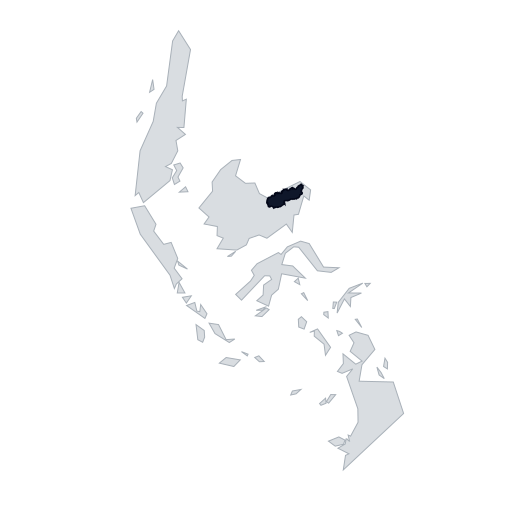 Malinau, Kalimantan Timur, Indonesia shown in context, rotated 46°
{"feature_id": "22746128B54632748429230", "entity_name": "Malinau", "entity_type": "district", "adm_level": 2, "iso_a3": "IDN", "parent_name": "Indonesia", "parent_adm1": "Kalimantan Timur", "projection": "equal_earth", "projection_center": [115.266, 2.582], "detail": "fine", "context": "in_parent", "style": "filled", "palette": "ink", "viewbox_px": 512, "rotation_deg": 46, "n_neighbors": 0, "source": "geoboundaries", "source_scale": "gbopen_adm2", "svg_char_len": 8564}
<svg xmlns="http://www.w3.org/2000/svg" viewBox="0 0 512 512"><g transform="rotate(46 256 256)"><path d="M175.8,200.1L184.1,215.0L196.4,213.1L202.7,206.1L213.5,210.2L221.9,207.5L233.0,172.6L246.4,170.8L252.8,179.0L246.0,179.9L255.5,196.5L252.9,200.2L264.2,213.5L254.1,212.0L250.8,235.8L243.0,239.2L238.6,248.7L241.3,255.2L238.4,265.7L223.7,279.0L220.4,267.1L214.3,269.9L208.0,263.3L196.9,271.1L195.3,262.7L181.8,263.7L179.2,242.2L172.3,236.2L169.3,221.4L170.6,206.9L175.8,200.1ZM40.2,155.2L62.0,159.7L89.8,198.1L93.3,201.2L94.8,197.2L113.5,218.6L108.9,223.2L119.5,222.3L117.3,233.3L126.0,239.2L130.6,252.6L128.8,259.0L135.9,256.2L142.0,265.5L139.4,299.9L128.9,296.2L128.6,301.0L99.8,266.3L87.8,236.5L76.9,221.5L71.6,202.2L43.4,166.6L40.2,155.2ZM471.8,259.2L470.5,341.8L461.6,330.1L462.8,326.6L451.2,330.6L453.2,322.4L450.1,318.1L451.2,317.5L453.0,317.8L454.1,317.3L448.8,314.1L451.3,313.1L446.5,298.1L436.7,288.9L405.6,274.5L404.4,264.8L400.2,275.6L395.6,277.6L394.1,267.9L386.8,261.4L403.1,259.4L405.3,252.7L390.0,254.5L386.5,245.8L377.7,244.1L380.1,236.8L390.9,230.5L405.8,235.4L407.8,255.3L417.7,268.8L442.0,244.8L471.8,259.2ZM320.0,213.3L309.3,222.1L279.3,219.2L275.6,222.5L274.4,233.0L280.1,243.4L288.7,236.5L306.2,235.9L286.6,249.9L295.4,263.0L295.0,272.0L300.8,281.8L288.7,286.5L289.0,278.0L282.2,270.7L283.7,261.0L279.9,259.9L276.2,263.5L277.7,297.1L269.5,297.3L270.2,277.3L268.7,270.7L263.1,269.2L262.3,260.6L269.1,237.5L272.3,236.9L271.2,227.1L276.3,213.6L284.0,209.1L310.9,215.1L322.1,204.5L320.0,213.3ZM142.5,301.2L163.7,305.9L167.0,312.3L183.5,314.3L187.3,307.6L203.4,314.0L207.9,323.3L221.0,325.0L220.8,332.7L222.7,337.3L210.1,331.2L159.9,324.1L134.8,312.8L142.5,301.2ZM346.8,215.2L355.9,205.9L351.8,216.6L357.9,223.2L348.3,222.2L353.4,237.3L346.5,229.0L344.0,211.4L349.7,198.0L346.8,215.2ZM351.2,262.4L373.5,265.8L375.7,275.0L366.7,268.3L354.1,269.8L350.5,266.1L348.3,270.4L351.2,262.4ZM299.7,335.3L283.3,339.4L271.7,336.4L279.3,330.6L295.4,335.6L301.0,328.9L299.7,335.3ZM252.5,329.5L263.5,331.4L265.4,336.1L243.4,340.3L246.9,332.3L254.5,336.8L257.0,335.1L252.5,329.5ZM319.8,339.5L320.1,348.7L307.6,356.8L308.3,348.0L319.8,339.5ZM142.0,247.2L145.0,257.3L149.3,258.7L147.9,265.0L141.6,261.9L139.5,253.7L133.4,251.9L136.4,246.0L142.0,247.2ZM447.8,331.1L439.5,332.5L443.7,322.1L450.2,319.9L452.2,323.8L447.8,331.1ZM273.6,345.0L278.7,349.3L281.0,354.3L275.8,356.0L263.7,346.8L273.6,345.0ZM338.5,265.2L342.0,272.2L336.8,274.6L330.9,269.5L331.2,265.5L338.5,265.2ZM221.6,329.7L233.2,332.8L227.9,338.3L221.6,329.7ZM239.7,330.2L241.5,338.8L234.6,337.6L239.7,330.2ZM162.5,260.3L156.8,266.8L157.3,258.6L162.5,260.3ZM411.1,295.0L412.3,306.0L409.7,306.5L407.6,298.5L411.1,295.0ZM217.8,314.4L208.9,317.8L205.2,315.9L217.8,314.4ZM303.7,283.8L303.7,293.8L298.6,298.0L300.6,284.7L303.7,283.8ZM57.3,207.8L65.3,213.6L64.3,218.8L57.3,207.8ZM77.0,248.6L73.8,246.4L72.3,238.3L74.8,238.1L77.0,248.6ZM380.1,327.6L378.4,323.6L383.2,316.4L383.0,322.9L380.1,327.6ZM371.7,226.9L380.9,229.6L370.5,228.6L371.7,226.9ZM315.5,247.1L324.0,249.8L314.7,249.6L315.5,247.1ZM299.7,288.7L295.2,293.6L299.2,284.7L299.7,288.7ZM419.1,234.2L423.9,235.2L428.5,239.9L424.1,241.0L419.1,234.2ZM337.6,323.4L334.4,327.0L328.1,327.4L329.8,323.3L337.6,323.4ZM410.6,307.9L408.5,313.0L406.3,312.8L406.6,304.7L410.6,307.9ZM350.8,247.1L345.2,248.0L343.6,246.2L346.0,242.9L350.8,247.1ZM419.9,246.2L426.8,247.0L433.3,248.9L427.1,250.1L419.9,246.2ZM301.3,241.0L307.0,244.4L301.1,246.2L301.3,241.0ZM355.2,197.6L351.4,196.7L355.0,192.9L355.2,197.6ZM314.7,332.9L321.1,329.9L321.8,331.7L314.7,332.9ZM371.6,247.5L370.6,252.0L365.8,249.7L368.2,248.3L371.6,247.5ZM239.0,273.8L236.5,276.9L238.5,267.3L239.0,273.8ZM345.3,230.0L348.2,236.2L347.1,237.2L342.8,232.3L345.3,230.0Z" fill="#d9dde1" stroke="#a8b0b8" stroke-width="1"/><path d="M238.6,199.2L238.3,199.0L238.2,198.8L237.8,198.6L237.5,198.8L237.2,198.4L236.9,198.3L236.5,198.6L236.2,198.0L236.0,197.6L235.9,197.2L236.0,197.1L236.3,197.3L236.5,196.9L236.6,196.5L236.8,196.0L237.0,195.9L237.0,195.7L237.3,195.5L237.6,195.3L237.9,194.9L238.2,194.3L238.4,194.3L238.5,194.4L238.8,193.6L239.0,193.1L239.1,192.9L239.1,192.3L239.0,192.0L239.1,191.7L239.4,191.4L239.5,191.2L239.8,190.9L240.1,190.6L240.1,190.2L240.3,190.0L240.7,190.0L240.7,189.9L241.1,189.4L241.5,189.2L241.5,188.8L241.7,188.7L241.7,188.4L241.9,188.3L242.0,188.1L242.2,187.7L242.4,187.6L243.0,187.3L243.1,186.9L242.9,186.5L242.8,186.4L243.0,185.8L243.0,185.6L243.3,185.6L243.6,185.2L243.6,184.8L243.6,184.5L243.6,184.2L243.3,183.4L243.3,183.2L243.0,182.8L242.9,182.6L242.6,182.3L242.7,182.0L242.5,181.8L242.7,181.6L242.9,181.5L242.9,181.2L243.0,180.8L243.0,180.7L243.2,180.3L243.3,180.0L243.2,179.8L243.2,179.6L243.0,179.4L242.9,179.0L242.8,178.9L242.2,178.8L241.6,179.0L241.4,178.6L241.1,178.6L240.8,178.3L240.6,178.3L240.5,178.1L240.5,177.8L240.4,177.7L240.0,176.7L239.8,176.4L239.7,175.9L239.6,175.4L239.7,175.2L239.3,175.0L239.3,174.6L239.2,174.5L239.1,174.3L238.8,174.4L238.7,174.3L238.6,174.5L238.2,174.5L238.2,174.2L237.9,174.1L237.7,174.0L237.5,173.9L237.6,173.6L237.4,173.7L237.2,173.5L236.8,173.6L236.7,173.8L236.3,174.0L236.2,173.9L235.9,173.9L235.8,173.6L235.7,173.6L235.6,173.9L235.7,174.5L235.6,174.9L235.5,175.1L235.5,175.6L235.4,175.7L235.3,175.9L235.2,176.4L235.3,176.6L235.2,176.6L235.1,177.1L235.3,177.2L235.3,177.6L235.5,177.8L235.5,178.1L235.3,178.2L235.2,179.0L235.4,179.5L235.6,179.9L235.5,180.2L235.8,180.7L235.7,181.1L235.2,181.5L234.9,181.8L234.6,181.8L234.6,181.6L234.4,181.6L234.2,181.6L234.2,181.8L233.8,181.9L233.8,182.1L233.6,182.1L233.3,182.2L233.2,182.7L232.8,182.2L232.6,182.4L232.6,182.5L232.3,182.1L232.2,182.1L232.0,182.3L232.0,182.5L231.8,182.8L231.7,183.2L231.7,183.6L231.6,184.0L231.5,184.6L231.6,184.9L231.4,184.9L231.5,185.3L231.7,185.5L231.9,185.6L231.9,185.9L231.7,186.0L231.5,186.3L231.4,186.4L231.4,186.7L231.4,187.1L231.3,187.4L231.2,187.4L231.2,187.5L230.8,187.4L230.7,187.5L230.5,187.8L230.3,188.0L230.1,188.0L229.9,188.0L229.7,188.1L229.6,187.9L229.6,187.6L229.4,187.3L229.3,187.2L229.2,187.4L229.0,187.8L229.0,188.0L228.9,188.0L228.8,188.3L228.6,188.3L228.4,188.6L228.1,188.7L228.0,188.9L228.0,189.1L228.0,189.4L227.9,189.5L227.7,189.9L227.4,190.0L227.8,190.3L228.0,190.4L227.9,190.6L227.9,190.9L227.9,191.0L227.5,191.4L227.5,191.6L227.6,191.8L227.7,192.2L227.6,192.3L227.5,192.5L227.4,192.6L227.4,192.8L227.6,192.9L227.6,193.0L227.8,193.1L227.9,192.9L228.0,192.8L228.2,192.7L228.3,192.9L228.4,193.0L228.6,193.2L228.6,193.3L228.6,193.5L228.8,193.7L228.9,193.8L228.9,194.0L228.6,194.4L228.5,194.5L228.4,194.4L227.9,194.4L227.8,194.7L227.7,194.7L227.6,194.9L227.5,195.1L227.5,195.3L227.1,195.3L227.0,195.5L226.9,195.5L226.8,195.9L226.7,195.9L226.5,196.1L226.4,196.0L226.3,195.8L226.2,195.9L226.1,196.1L226.1,196.5L226.3,196.7L226.3,196.8L226.1,196.9L225.8,197.3L225.3,197.1L224.9,197.4L224.8,197.1L224.7,197.3L224.7,197.5L224.6,198.0L224.1,198.1L224.1,198.4L224.1,198.5L224.1,198.8L224.3,198.7L224.6,198.6L224.9,198.8L224.9,199.1L224.7,199.4L224.8,199.7L224.6,199.8L224.8,200.2L225.2,199.9L225.5,200.2L225.4,200.3L225.3,200.6L225.2,200.9L225.1,201.0L225.4,201.4L225.4,201.6L225.2,201.8L224.9,201.9L224.8,202.0L224.6,202.3L224.4,202.4L224.2,202.2L224.0,202.3L223.9,202.3L224.0,202.5L223.8,202.8L223.7,202.9L223.8,203.1L223.9,203.4L223.8,203.5L223.9,204.1L223.8,204.5L223.8,205.1L223.7,205.2L223.5,205.5L223.4,205.6L223.1,205.7L222.9,205.9L222.9,206.1L222.8,206.5L222.8,206.9L222.8,207.0L222.7,207.1L222.7,207.3L222.8,207.4L222.8,207.6L223.1,207.7L223.1,207.9L223.1,208.0L223.1,208.4L223.3,208.4L223.3,208.5L223.5,208.7L223.8,208.9L223.9,209.0L224.0,209.3L223.9,209.8L224.0,209.9L224.3,210.0L224.6,210.6L225.1,211.1L225.2,210.8L225.5,210.5L225.9,211.0L226.3,210.8L226.5,210.9L226.5,211.2L226.5,211.3L226.6,211.6L227.0,211.7L227.3,211.7L227.7,211.6L227.9,211.7L228.2,211.7L228.3,212.1L228.3,212.4L228.7,212.5L229.1,212.7L229.3,212.6L229.4,212.4L229.5,212.5L230.0,212.4L230.1,212.0L230.3,211.8L230.4,211.6L230.5,211.4L230.5,211.2L230.4,211.0L230.4,210.9L230.5,210.7L230.6,210.4L231.2,210.0L231.8,209.8L232.2,209.6L232.5,209.6L233.3,209.9L233.5,209.8L233.8,209.9L233.8,209.3L233.7,209.1L233.8,208.7L234.0,208.6L234.2,208.4L234.4,208.6L234.6,208.1L234.6,207.9L234.6,207.7L235.0,207.3L235.1,207.2L235.6,207.0L235.6,206.9L235.7,206.5L236.1,206.5L236.4,206.1L236.4,205.8L236.3,205.6L236.7,204.9L237.0,204.8L237.2,204.6L237.3,204.5L237.3,204.3L237.5,203.7L237.7,202.6L237.7,202.1L237.7,201.6L237.8,201.1L237.8,200.7L238.1,200.5L238.2,200.3L238.2,200.1L238.1,199.8L238.1,199.3L238.2,199.2L238.6,199.2Z" fill="#0f172a" stroke="#020617" stroke-width="1.5"/></g></svg>